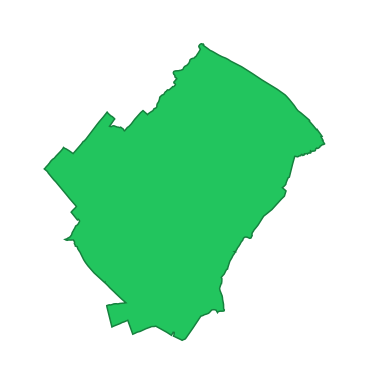 outline of Draguseni, Botosani, Romania, rotated 78°
{"feature_id": "2599482B61564668293173", "entity_name": "Draguseni", "entity_type": "district", "adm_level": 2, "iso_a3": "ROU", "parent_name": "Romania", "parent_adm1": "Botosani", "projection": "orthographic", "projection_center": [26.821, 48.036], "detail": "fine", "context": "isolated", "style": "filled", "palette": "green", "viewbox_px": 384, "rotation_deg": 78, "n_neighbors": 0, "source": "geoboundaries", "source_scale": "gbopen_adm2", "svg_char_len": 5895}
<svg xmlns="http://www.w3.org/2000/svg" viewBox="0 0 384 384"><g transform="rotate(78 192 192)"><path d="M318.8,279.5L318.3,277.0L317.7,274.7L317.6,271.8L316.1,265.3L315.5,260.8L315.4,260.7L315.3,260.4L315.3,259.1L315.7,257.0L315.7,255.9L315.7,255.3L324.0,245.8L327.9,241.9L325.4,239.7L325.9,239.2L325.5,238.8L325.6,238.6L326.0,238.6L326.5,239.0L327.1,238.9L329.1,240.1L333.9,233.8L335.0,232.5L334.6,230.9L334.5,229.6L334.1,228.8L325.3,219.4L315.3,209.2L315.1,207.0L314.6,205.5L314.4,203.0L314.1,201.2L313.8,200.5L313.3,199.7L311.6,197.4L311.5,196.7L311.5,195.9L311.8,194.5L312.6,193.0L312.8,192.9L313.7,192.7L315.3,192.1L314.6,191.5L314.4,190.2L314.5,188.7L314.8,187.5L315.0,186.0L315.0,185.6L314.8,185.2L314.0,184.9L313.0,185.3L312.1,185.2L308.4,184.5L303.3,184.4L302.0,184.2L300.0,184.1L294.1,185.1L292.2,185.1L291.3,184.7L287.8,182.6L287.7,182.4L287.7,182.2L287.4,182.2L286.3,181.6L283.2,180.8L282.8,180.8L282.1,181.1L281.7,181.1L281.1,180.5L278.9,177.5L275.8,175.1L275.0,174.2L274.8,174.0L274.8,173.7L274.8,173.3L273.1,172.5L268.3,169.8L267.4,169.2L264.8,166.8L262.5,165.0L261.6,163.9L260.1,162.5L259.9,162.2L259.8,161.9L259.2,162.7L259.2,162.3L259.2,162.0L258.6,161.2L257.3,160.0L255.9,158.9L255.0,157.7L253.6,156.4L252.8,155.6L251.7,154.8L251.1,154.2L249.7,152.4L248.2,151.5L247.5,150.6L247.1,149.5L247.6,147.5L248.5,146.3L249.3,145.2L249.3,144.4L249.2,143.8L248.5,143.3L247.7,142.9L247.4,142.6L247.4,142.3L247.2,142.2L246.4,142.2L245.3,142.0L244.3,141.4L242.8,139.8L242.0,139.2L240.9,137.7L238.2,134.4L230.6,127.0L225.8,117.5L217.7,106.3L215.3,102.5L210.5,99.8L206.6,102.7L205.3,100.4L204.1,98.7L202.5,98.0L200.2,96.5L198.1,95.0L197.9,94.5L197.7,93.7L185.4,87.7L178.5,84.1L178.5,83.7L179.5,81.6L179.5,81.2L179.5,80.9L179.1,79.9L179.0,79.6L179.1,78.1L179.0,77.9L178.3,77.5L178.1,77.3L178.0,77.1L178.1,76.8L178.2,76.6L179.3,76.0L179.1,74.6L178.6,74.3L178.3,74.4L178.1,74.2L178.0,73.9L178.4,73.6L178.4,73.4L178.2,72.6L178.2,72.3L178.3,71.9L178.3,71.6L178.9,71.2L178.4,70.6L178.2,70.1L178.2,69.4L178.4,68.7L178.5,67.9L178.3,67.8L178.0,67.8L177.4,67.9L176.8,67.8L176.4,67.6L177.4,66.9L177.5,66.7L177.2,66.2L177.1,65.4L177.1,65.2L177.3,64.7L177.3,63.4L177.2,63.0L176.8,62.6L176.1,62.3L175.4,61.8L175.3,61.3L174.9,60.9L175.0,60.7L175.3,60.4L175.5,60.1L175.5,59.8L175.0,58.3L174.7,57.9L174.6,57.6L173.8,57.1L173.4,55.6L172.6,54.4L172.9,53.8L172.8,52.9L172.5,52.3L171.4,52.7L168.7,53.6L168.6,53.1L164.7,54.3L164.6,53.2L156.7,56.7L157.0,57.2L152.1,59.7L147.3,62.4L147.1,62.5L146.8,62.1L145.9,62.4L137.3,69.0L134.6,71.4L132.7,72.4L128.5,74.1L121.6,77.6L118.3,79.5L116.4,80.7L109.1,87.4L97.0,100.2L92.3,104.8L89.0,108.0L79.8,117.4L71.9,127.1L70.0,128.9L68.0,131.3L66.0,134.4L63.6,137.4L58.8,142.7L57.1,145.0L54.9,146.8L51.0,150.4L50.6,149.9L49.6,150.3L49.7,150.7L49.6,150.9L49.0,151.6L49.0,152.0L49.0,152.7L49.4,153.6L49.7,154.0L50.6,154.9L51.0,155.1L51.6,154.9L52.2,155.0L52.5,154.9L53.0,154.4L54.2,154.2L54.7,154.8L55.2,155.0L57.5,157.2L58.4,158.2L60.2,159.9L60.4,160.6L60.5,160.9L61.1,161.5L61.4,162.0L61.4,163.5L61.6,165.0L62.1,166.1L62.4,166.5L63.7,167.1L65.1,168.1L65.8,168.9L67.0,170.7L67.5,172.6L67.8,173.3L68.8,174.4L70.2,175.4L70.6,177.6L70.6,178.1L70.5,179.0L70.6,179.8L70.1,183.0L70.1,183.4L70.3,184.6L70.5,184.9L71.5,185.5L72.0,185.5L72.9,185.4L74.5,184.5L75.5,184.7L76.1,184.7L76.4,184.5L77.1,183.7L77.5,183.5L78.0,183.3L78.4,183.6L78.5,183.8L78.5,184.2L79.2,184.7L79.5,185.4L80.0,185.7L80.5,186.7L80.8,186.9L81.6,187.0L82.0,186.4L83.1,185.9L83.3,185.8L83.8,186.1L84.4,186.8L85.0,187.7L85.1,188.0L84.9,189.1L85.0,189.3L85.7,189.9L86.1,191.0L87.2,192.7L87.3,193.5L87.3,194.0L87.0,194.6L87.3,195.3L88.3,196.4L88.4,197.1L88.9,197.7L90.3,199.0L90.7,199.4L90.8,200.0L90.9,200.9L91.1,201.5L91.9,202.8L92.1,203.3L93.0,204.0L94.4,204.5L95.7,205.2L97.5,206.5L98.1,207.4L98.5,207.6L99.7,208.3L100.9,208.5L101.5,208.8L102.5,210.2L102.5,210.6L102.5,211.4L102.7,211.9L104.3,213.3L105.2,215.8L106.4,218.6L107.1,219.4L106.3,219.9L102.2,223.0L103.6,225.6L108.9,232.8L112.6,237.0L113.5,238.2L114.9,240.3L115.4,241.8L118.2,245.2L118.0,245.6L117.5,245.8L116.7,246.0L116.1,246.2L115.8,246.5L115.5,246.6L115.2,247.1L114.1,247.9L113.7,248.5L113.9,249.0L113.9,249.6L113.3,250.5L112.9,251.7L111.0,254.6L110.9,255.3L110.9,256.3L111.3,257.2L111.2,257.7L110.8,258.8L110.5,259.1L108.9,257.2L105.3,253.4L104.5,252.4L103.3,253.1L101.6,254.4L100.6,255.6L97.8,257.6L96.2,258.4L100.2,263.2L104.0,268.2L106.5,271.2L118.2,284.7L119.0,285.9L119.7,286.6L120.1,286.7L120.3,286.6L119.8,287.2L119.8,287.6L120.1,288.1L121.9,290.0L123.9,292.6L129.7,300.3L125.9,303.8L123.3,306.6L123.0,307.3L121.7,308.4L123.0,309.6L124.9,312.1L128.7,317.7L130.2,319.5L131.1,321.7L132.6,323.9L134.2,325.5L134.9,326.5L135.7,327.4L137.0,329.4L137.9,330.4L138.7,331.7L139.5,331.1L140.9,329.9L142.0,329.2L142.7,328.9L143.5,328.7L151.6,324.5L153.6,323.2L157.6,321.1L170.2,314.5L172.8,313.2L182.1,308.1L183.1,309.3L185.2,312.6L186.6,314.4L195.5,309.9L195.0,308.9L196.6,308.0L197.3,308.1L197.9,308.5L199.8,310.2L200.6,311.4L200.9,312.4L201.2,313.0L202.2,313.6L204.2,315.3L204.7,315.9L205.3,316.2L206.6,317.5L208.1,318.3L209.2,319.0L209.7,319.7L210.5,320.5L210.8,321.5L211.0,321.8L211.2,322.4L211.3,323.2L211.8,324.1L212.0,326.1L212.7,325.3L212.8,324.9L213.3,324.3L213.3,323.9L213.3,322.5L213.8,320.6L214.0,319.4L214.3,318.0L215.3,317.7L215.6,317.4L215.9,317.3L216.7,317.3L218.0,317.8L219.5,317.3L220.6,317.4L221.6,315.7L223.9,315.5L227.1,314.3L227.9,313.9L228.7,313.8L235.8,312.0L239.0,310.8L242.7,309.1L250.8,304.6L262.4,296.3L262.2,295.9L262.6,296.0L263.0,295.8L266.2,293.7L268.6,292.3L274.4,288.3L274.8,288.1L281.9,283.2L286.6,279.7L286.5,281.6L286.0,285.9L286.1,287.3L286.0,288.0L285.5,289.4L285.2,291.7L285.5,294.0L285.5,295.4L285.4,295.9L285.1,296.4L285.4,299.0L286.6,299.1L307.4,298.4L307.3,298.0L307.1,297.4L306.7,295.4L305.7,289.5L305.1,287.4L304.9,285.3L304.1,281.5L318.8,279.5Z" fill="#22c55e" stroke="#15803d" stroke-width="1.5"/></g></svg>